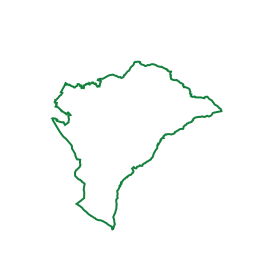 Josenii Bargaului, Bistrita-Nasaud, Romania, rotated 54°
{"feature_id": "2599482B1085806390665", "entity_name": "Josenii Bargaului", "entity_type": "district", "adm_level": 2, "iso_a3": "ROU", "parent_name": "Romania", "parent_adm1": "Bistrita-Nasaud", "projection": "orthographic", "projection_center": [24.668, 47.212], "detail": "fine", "context": "isolated", "style": "outline", "palette": "green", "viewbox_px": 256, "rotation_deg": 54, "n_neighbors": 0, "source": "geoboundaries", "source_scale": "gbopen_adm2", "svg_char_len": 5775}
<svg xmlns="http://www.w3.org/2000/svg" viewBox="0 0 256 256"><g transform="rotate(54 128 128)"><path d="M200.8,200.2L201.0,199.4L198.9,196.6L198.0,195.0L196.9,194.8L193.7,193.0L191.4,192.3L189.6,189.3L189.4,188.5L188.3,187.4L187.6,186.3L186.0,184.4L185.1,183.9L184.3,183.3L183.7,182.6L183.6,182.3L180.7,180.8L179.2,179.8L178.8,178.6L178.6,177.6L178.0,177.2L176.7,176.7L176.2,176.2L175.8,175.6L175.3,175.1L174.9,175.0L172.6,173.8L172.2,172.1L171.4,170.5L170.9,169.9L170.6,168.7L169.9,168.9L169.7,168.7L169.7,168.3L169.7,167.4L168.3,166.0L169.0,165.8L168.0,164.6L167.2,161.8L167.2,160.1L167.1,159.8L166.9,157.9L167.3,157.7L166.9,156.8L167.1,156.6L166.9,155.4L167.1,154.0L167.4,153.6L167.6,153.0L166.9,150.9L167.1,150.1L166.2,148.9L165.7,148.8L164.5,148.9L164.0,148.4L163.2,148.4L163.2,147.8L163.0,146.3L164.4,146.1L165.2,145.5L165.5,144.9L164.7,143.5L165.5,141.3L165.5,140.9L165.2,140.5L166.1,139.8L166.9,139.0L167.0,138.6L166.2,137.7L166.1,136.3L166.2,135.6L166.5,135.1L166.4,134.7L166.5,133.9L166.3,133.0L166.4,132.3L166.7,131.4L166.6,130.4L166.9,128.0L166.8,127.7L166.3,127.2L166.1,125.2L163.7,122.0L162.1,118.4L161.7,116.6L161.3,116.0L159.2,114.4L158.6,113.2L159.0,113.2L159.2,113.6L159.4,113.5L157.3,108.6L156.8,108.8L156.5,108.3L156.3,107.3L156.3,106.6L156.7,105.7L157.0,105.2L156.1,105.2L155.7,103.5L155.4,103.5L155.3,101.3L155.9,100.9L155.8,100.5L156.3,99.5L157.2,98.2L158.8,96.6L158.8,96.3L159.1,95.7L159.6,93.9L159.4,92.9L159.0,92.6L158.9,92.5L159.1,91.8L159.2,89.7L159.5,88.5L159.3,87.6L159.4,87.0L159.6,86.2L161.1,84.0L160.9,83.5L160.5,83.2L160.2,82.7L159.8,82.5L159.6,82.1L159.3,80.8L159.3,80.3L159.6,79.7L159.5,78.6L159.3,78.4L159.1,77.8L159.4,76.8L159.5,75.5L159.8,75.0L160.4,73.0L160.3,72.7L160.1,72.4L160.1,71.7L160.0,71.0L159.6,70.4L159.4,70.5L159.3,70.2L159.1,69.9L159.0,68.6L159.2,67.0L159.7,66.2L160.2,64.9L160.6,64.4L160.7,64.1L162.0,62.1L162.0,61.5L162.4,61.2L163.0,60.5L163.9,59.8L164.4,58.5L164.4,57.9L164.6,57.0L164.9,56.6L166.1,55.9L166.4,55.5L166.7,54.0L166.7,53.1L166.4,52.1L165.8,50.9L165.8,50.3L166.1,49.5L169.3,42.5L168.6,42.1L166.9,41.8L165.6,42.5L162.8,42.7L160.2,44.0L158.7,44.1L157.8,43.9L157.5,44.0L157.0,44.0L154.8,44.0L153.0,44.9L152.2,45.2L149.4,45.4L148.3,47.0L148.3,48.2L148.8,48.7L145.6,51.6L145.1,52.6L144.4,53.3L144.2,53.8L143.2,54.8L142.7,55.6L142.0,55.4L141.7,55.6L141.3,56.3L140.8,57.6L139.5,58.3L139.1,58.4L138.8,58.2L138.7,57.6L138.0,57.0L137.4,57.5L136.5,57.6L135.4,56.2L134.3,56.1L133.6,55.9L133.0,55.4L131.6,55.7L130.7,56.3L129.8,56.7L129.4,57.2L128.3,57.8L128.1,58.0L128.0,58.7L127.8,58.9L127.1,58.6L126.3,58.6L126.4,58.3L125.6,57.8L124.3,57.8L123.5,58.2L122.9,58.8L121.4,59.4L120.4,59.4L119.3,60.0L117.8,60.3L117.3,61.4L116.6,62.2L115.8,63.1L115.0,63.5L114.0,64.3L113.3,63.9L112.0,63.7L111.5,63.4L111.4,63.1L110.8,62.3L110.4,62.2L109.7,62.5L109.2,62.1L108.5,61.4L108.0,60.7L107.8,60.0L107.6,60.0L107.4,60.5L106.8,61.1L106.6,61.5L104.8,62.3L104.2,62.3L104.1,61.9L102.9,62.2L102.5,62.5L102.4,62.8L101.7,63.2L99.9,64.1L98.4,64.7L98.1,64.9L97.7,65.8L96.4,66.8L95.7,67.6L94.7,68.1L93.9,68.2L91.9,69.5L90.9,70.5L90.2,71.6L89.7,73.9L88.7,75.0L88.5,76.0L88.3,77.2L88.0,77.6L87.5,77.9L86.6,78.1L84.5,79.7L82.7,80.2L81.9,79.4L81.5,79.5L80.1,81.2L78.9,83.3L78.7,83.5L78.9,84.8L79.5,85.4L80.0,86.2L80.4,87.7L80.3,88.9L80.7,90.5L82.2,93.3L82.0,95.0L83.2,99.5L82.9,100.1L84.1,101.7L83.8,102.9L83.8,103.8L83.3,104.1L82.3,104.2L81.3,105.9L79.4,106.5L78.2,107.5L75.9,108.9L74.2,112.5L73.4,119.4L72.4,120.8L72.3,121.5L71.7,121.7L71.5,123.0L71.1,123.7L71.5,124.3L74.2,122.3L76.0,125.0L76.6,125.4L77.6,126.6L77.2,126.9L76.6,127.1L76.5,127.5L76.9,127.9L76.6,128.5L74.4,128.5L74.4,128.4L73.9,128.0L73.5,128.1L73.4,128.0L72.7,128.3L72.6,129.2L72.0,129.2L71.8,129.5L71.5,129.6L71.2,129.5L70.6,129.6L70.7,130.2L70.1,130.4L70.2,131.0L70.2,131.6L70.1,132.3L69.9,132.5L69.4,132.6L68.9,132.9L69.8,133.5L69.5,133.6L69.2,134.2L68.8,134.4L68.9,134.5L68.3,134.9L67.8,135.9L68.3,136.3L67.6,138.8L69.6,139.9L69.8,140.4L69.6,140.6L69.4,140.6L69.0,140.5L68.5,140.3L68.3,140.4L68.2,140.7L68.6,141.7L68.4,142.1L66.5,141.0L66.5,141.4L66.9,141.8L66.1,142.2L65.1,141.6L63.7,141.9L62.9,143.0L64.0,144.0L64.0,144.5L63.7,145.9L63.8,146.5L64.0,147.1L63.8,147.6L61.9,148.2L61.8,148.5L60.8,149.2L59.0,149.7L58.5,150.0L58.6,150.6L55.0,152.1L55.6,153.2L56.5,153.0L56.2,153.7L56.3,154.1L59.6,161.3L61.0,160.4L61.1,160.5L61.2,161.2L61.9,162.7L61.9,163.2L61.8,164.4L62.4,166.2L63.1,170.1L62.8,170.3L63.4,170.6L63.6,171.0L63.5,171.6L64.1,172.2L65.0,172.0L65.9,170.9L66.4,171.4L66.9,172.4L67.5,172.3L68.1,174.0L68.9,173.4L69.2,172.9L70.0,172.5L73.2,171.9L75.2,171.9L75.1,171.4L75.8,171.3L76.9,171.0L78.4,170.3L78.7,170.4L79.3,169.8L80.6,169.9L80.5,168.9L80.2,167.4L81.7,167.1L83.7,166.9L83.5,167.6L82.7,168.8L84.3,169.8L86.3,170.6L87.3,171.8L88.5,172.8L88.5,177.2L87.5,177.1L85.5,176.7L85.2,176.9L85.0,177.6L84.9,177.8L84.0,178.7L80.5,181.3L79.8,180.5L79.3,181.2L78.7,180.7L77.7,181.2L76.0,183.1L75.8,183.4L75.8,183.7L76.5,183.6L77.0,183.8L77.4,184.2L90.8,185.4L97.0,185.4L100.4,184.5L109.1,183.8L111.1,184.9L111.8,185.4L114.3,185.6L115.9,185.8L117.8,185.9L119.3,186.8L122.2,187.5L123.5,187.6L124.2,186.6L125.6,185.3L126.9,186.6L128.2,187.5L129.9,188.1L130.0,188.6L130.6,189.0L131.2,190.3L131.8,195.2L132.9,197.1L135.6,198.9L140.4,198.2L141.1,197.8L141.6,197.2L142.7,197.2L143.4,196.7L144.0,196.7L144.8,196.9L146.2,196.1L147.8,195.9L148.7,197.0L152.2,200.4L152.9,200.4L154.6,201.4L158.9,204.7L159.1,208.6L159.2,214.2L162.5,212.9L165.4,212.0L167.0,212.1L170.3,211.4L171.8,210.9L172.9,210.9L173.8,210.6L174.6,210.6L176.4,209.8L177.2,209.7L178.3,209.0L180.1,208.5L181.8,207.6L182.7,207.6L184.9,206.3L185.9,205.3L186.3,204.6L188.5,203.1L191.1,202.0L192.4,201.3L193.8,201.1L195.5,200.5L198.4,199.1L199.9,200.0L200.8,200.2Z" fill="none" stroke="#15803d" stroke-width="2"/></g></svg>